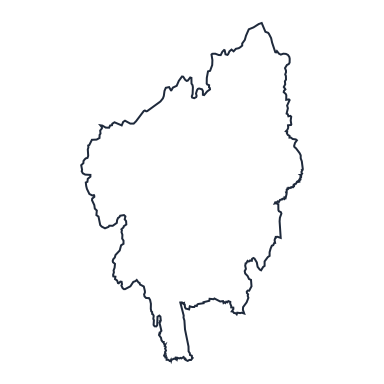 Kaeng Hang Maeo, Chanthaburi, Thailand
{"feature_id": "78962969B93590289625121", "entity_name": "Kaeng Hang Maeo", "entity_type": "district", "adm_level": 2, "iso_a3": "THA", "parent_name": "Thailand", "parent_adm1": "Chanthaburi", "projection": "robinson", "projection_center": [101.904, 13.084], "detail": "fine", "context": "isolated", "style": "outline", "palette": "slate", "viewbox_px": 384, "rotation_deg": 0, "n_neighbors": 0, "source": "geoboundaries", "source_scale": "gbopen_adm2", "svg_char_len": 5983}
<svg xmlns="http://www.w3.org/2000/svg" viewBox="0 0 384 384"><path d="M87.8,149.4L88.2,155.8L87.5,157.9L85.7,158.4L84.5,159.6L83.5,161.0L83.4,163.1L81.2,165.2L82.1,169.9L81.7,171.2L82.8,173.3L85.2,174.6L90.4,174.9L90.4,176.7L87.8,178.8L87.4,181.8L85.8,182.5L86.2,186.0L86.9,188.8L89.4,194.0L92.4,195.5L93.9,195.1L94.3,195.9L94.3,196.9L92.2,198.6L92.0,200.2L94.3,205.1L94.8,208.6L96.8,210.5L96.4,215.1L98.5,216.6L100.2,225.0L101.7,226.6L105.0,228.3L108.5,226.9L109.3,225.7L112.7,225.8L116.8,222.9L117.1,220.2L118.0,218.0L119.3,217.2L120.2,215.7L124.0,215.1L125.4,216.4L124.7,219.3L126.1,221.1L126.3,224.5L123.8,226.2L123.5,227.4L121.4,229.3L121.9,230.4L121.5,232.1L122.4,234.8L122.2,238.6L123.5,240.6L123.5,243.8L121.1,245.3L119.7,250.5L115.5,255.0L114.8,257.5L113.2,259.3L112.7,261.0L113.0,262.2L115.0,263.9L114.6,267.7L113.6,270.4L113.9,272.3L113.1,274.9L113.3,276.4L115.4,276.7L115.0,279.1L117.1,280.5L118.0,283.1L118.7,283.3L120.4,281.6L121.6,281.8L122.0,284.2L121.4,285.6L122.6,288.1L123.8,289.1L125.1,289.1L130.4,286.3L133.3,281.9L135.5,281.1L136.7,280.0L138.6,282.6L139.5,282.8L140.0,284.5L143.8,286.5L144.9,291.1L144.9,292.7L144.1,294.3L144.5,296.4L146.1,298.0L149.0,298.1L150.1,300.0L150.9,303.8L150.8,308.9L151.3,311.4L152.1,312.0L152.2,314.0L153.1,314.5L153.7,315.9L153.3,318.9L153.9,320.1L153.6,324.9L154.6,326.3L156.3,326.4L157.2,325.2L157.5,316.8L159.3,315.6L160.4,316.6L160.8,320.6L159.9,321.1L160.2,321.9L159.5,322.6L161.4,330.8L160.5,331.7L160.1,333.4L159.5,333.1L159.0,335.0L161.0,337.8L161.5,340.3L162.7,341.9L163.7,342.0L163.6,342.7L164.7,345.2L165.2,344.8L164.7,346.1L165.6,346.7L165.7,347.6L165.1,348.5L166.0,350.6L165.0,352.1L165.6,353.8L164.8,354.0L164.1,355.7L164.8,356.5L165.8,356.2L165.6,357.5L166.6,357.6L166.6,359.8L168.4,359.8L169.7,361.0L170.5,360.9L171.0,359.9L171.2,360.6L171.4,359.9L172.7,359.3L174.4,358.6L175.0,358.9L174.8,358.5L175.8,358.3L175.8,357.6L177.0,357.7L177.2,358.5L177.4,357.9L179.4,358.4L180.5,357.9L181.4,358.4L183.6,357.0L184.7,359.1L185.4,358.7L186.0,360.1L187.7,360.9L189.4,359.9L191.0,360.0L192.6,358.0L192.0,357.6L191.8,355.7L190.0,355.0L189.8,353.2L188.6,351.4L188.5,346.5L185.0,329.4L184.4,320.5L183.5,317.5L183.7,315.6L180.3,302.5L181.2,302.4L181.7,303.2L182.4,302.7L183.0,303.3L183.9,303.0L183.7,304.2L184.7,304.5L185.0,307.3L185.8,308.6L189.1,309.4L189.8,306.3L192.1,307.0L194.3,307.0L195.2,305.7L196.8,306.0L197.3,304.6L198.2,304.0L203.6,303.2L203.5,302.2L209.3,300.8L209.6,298.8L213.6,299.2L214.4,298.5L220.2,301.5L223.0,301.1L223.5,302.9L224.3,302.2L225.3,303.0L226.2,301.7L227.4,302.3L228.3,301.1L230.3,301.9L230.2,303.6L231.2,305.9L231.2,307.4L233.3,307.6L233.4,309.0L231.8,311.4L232.9,311.6L234.0,313.0L235.7,313.2L236.7,314.3L237.3,312.7L240.3,313.1L241.7,312.7L244.2,313.5L242.9,309.8L243.1,307.1L246.6,302.4L248.4,297.8L247.7,295.9L248.1,294.3L246.9,293.0L246.8,291.6L247.7,290.6L249.2,290.7L251.5,286.3L251.0,279.9L249.0,279.0L247.6,276.0L245.2,273.5L244.7,271.1L245.9,268.9L245.2,265.7L245.6,263.4L246.2,263.3L247.6,260.9L248.5,261.5L249.6,261.2L250.1,260.4L251.8,260.8L252.1,258.8L253.4,258.0L254.5,258.6L256.8,262.4L257.6,266.8L259.8,269.6L261.1,270.3L263.1,267.0L264.6,265.9L264.6,261.4L267.8,257.1L269.6,255.9L269.6,252.2L270.6,248.6L271.8,245.7L273.2,245.2L274.3,242.9L275.1,242.9L274.6,240.1L275.2,238.2L275.8,237.9L275.8,236.9L277.5,236.8L280.7,237.9L279.6,221.3L279.9,217.7L281.4,213.6L280.9,212.2L278.9,211.2L278.4,210.1L278.3,204.4L276.2,203.2L274.7,203.5L275.3,202.3L276.5,202.5L277.7,201.4L278.8,202.1L280.0,199.9L282.3,199.4L282.3,198.9L283.5,198.5L284.2,198.9L284.4,197.8L284.9,198.3L285.4,197.3L285.7,197.6L286.6,193.8L286.1,192.4L286.7,192.3L286.7,189.7L287.7,189.3L287.5,188.5L288.4,188.4L288.4,187.8L290.8,187.9L291.2,187.1L293.0,187.2L293.5,185.4L294.1,185.8L294.4,184.2L296.0,183.7L297.0,181.7L298.2,181.0L298.4,181.9L299.4,181.7L299.2,180.3L299.9,180.0L299.6,179.5L300.4,179.1L300.0,178.4L300.9,177.5L300.5,177.0L301.1,176.6L301.2,175.7L300.4,175.0L301.2,175.0L302.1,173.5L301.6,173.1L301.5,171.7L302.4,170.2L302.0,169.8L302.8,169.1L301.8,161.3L300.7,158.3L300.7,155.3L299.6,153.1L296.0,148.3L294.5,147.1L294.1,146.0L295.0,142.9L296.9,140.3L295.8,139.4L292.7,139.0L290.7,137.5L289.5,137.6L289.5,135.8L287.8,134.9L286.9,133.3L287.2,131.9L285.9,131.3L287.4,129.8L288.2,127.8L288.0,125.3L291.0,125.0L291.3,124.4L290.7,120.5L291.2,116.7L290.4,115.9L288.4,116.3L287.8,114.3L286.6,113.6L287.9,108.2L287.1,105.6L289.6,100.1L288.9,99.4L286.2,99.8L286.3,95.2L285.7,93.9L283.7,92.1L284.0,90.8L285.4,89.3L283.8,87.0L285.2,84.3L284.9,81.3L286.0,79.6L285.9,76.0L285.2,74.4L286.0,72.3L286.0,70.7L285.0,68.1L286.9,65.0L288.7,64.1L289.6,62.6L289.7,58.8L289.3,56.9L287.9,54.9L285.9,53.9L283.3,53.7L280.8,54.6L279.0,53.7L276.9,51.1L276.1,52.4L275.3,52.2L272.1,42.6L271.1,38.1L268.9,33.8L268.1,32.8L265.4,31.8L261.7,23.0L258.8,24.0L253.5,27.4L248.8,29.3L246.0,35.7L244.8,39.9L242.2,43.5L242.2,45.6L240.3,47.2L238.7,48.2L235.9,48.8L233.6,51.3L231.5,49.6L229.4,51.4L228.1,54.3L227.4,54.9L225.5,54.3L224.7,50.3L224.1,50.0L222.4,51.7L220.7,55.1L218.7,55.0L215.2,53.7L212.3,53.8L211.5,54.5L212.4,60.1L212.2,65.1L210.1,70.8L208.0,71.4L206.8,77.9L206.7,83.6L207.3,84.5L209.1,85.2L209.0,87.3L209.8,88.0L210.0,89.4L207.2,91.4L204.1,95.1L202.9,94.8L202.9,91.0L202.0,89.3L199.1,88.5L197.9,88.9L197.0,90.2L196.0,93.5L196.6,95.9L196.2,97.1L194.2,98.2L192.1,97.5L191.8,96.3L192.6,94.1L192.9,87.2L192.5,85.1L191.5,83.6L191.4,77.9L190.2,77.5L187.7,80.7L186.6,80.9L185.1,79.7L183.2,76.7L182.0,76.5L178.8,80.9L176.7,85.8L172.9,87.6L171.4,90.3L170.9,90.3L169.1,87.1L165.8,87.8L164.5,90.9L163.8,96.0L162.9,98.4L160.4,101.5L147.2,111.1L146.2,111.3L144.9,110.5L143.8,111.0L136.0,121.3L133.7,123.6L130.3,123.6L125.0,120.7L123.2,121.9L121.7,125.4L114.5,122.3L112.3,123.7L112.0,125.2L110.1,125.5L109.1,127.7L105.7,127.6L102.4,125.6L100.4,125.3L101.9,127.2L101.9,128.4L100.2,130.5L100.5,133.6L99.6,134.9L99.5,138.0L96.6,139.6L91.9,139.8L89.3,145.0L88.2,145.5L88.4,147.4L87.8,149.4Z" fill="none" stroke="#1e293b" stroke-width="2"/></svg>